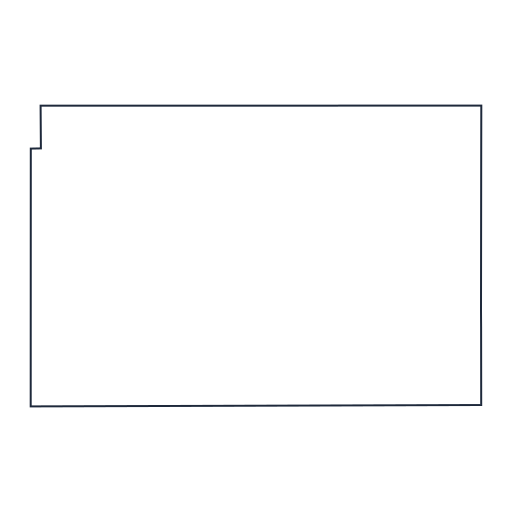 outline of Phillips, Colorado, United States of America
{"feature_id": "52423323B64261587402804", "entity_name": "Phillips", "entity_type": "district", "adm_level": 2, "iso_a3": "USA", "parent_name": "United States of America", "parent_adm1": "Colorado", "projection": "mercator", "projection_center": [-102.294, 40.594], "detail": "fine", "context": "isolated", "style": "outline", "palette": "slate", "viewbox_px": 512, "rotation_deg": 0, "n_neighbors": 0, "source": "geoboundaries", "source_scale": "gbopen_adm2", "svg_char_len": 243}
<svg xmlns="http://www.w3.org/2000/svg" viewBox="0 0 512 512"><path d="M481.2,156.0L481.3,105.6L40.6,105.7L40.9,148.4L30.8,148.6L30.7,406.4L481.2,405.0L481.1,327.6L481.0,310.5L481.2,156.0Z" fill="none" stroke="#1e293b" stroke-width="2"/></svg>